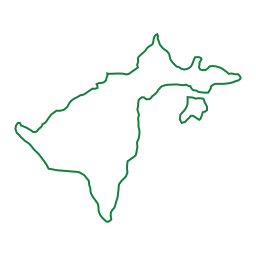 outline of Absheron District, Abşeron, Azerbaijan
{"feature_id": "54616110B88432173472444", "entity_name": "Absheron District", "entity_type": "district", "adm_level": 2, "iso_a3": "AZE", "parent_name": "Azerbaijan", "parent_adm1": "Abşeron", "projection": "mercator", "projection_center": [49.449, 40.323], "detail": "fine", "context": "isolated", "style": "outline", "palette": "green", "viewbox_px": 256, "rotation_deg": 0, "n_neighbors": 0, "source": "geoboundaries", "source_scale": "gbopen_adm2", "svg_char_len": 3346}
<svg xmlns="http://www.w3.org/2000/svg" viewBox="0 0 256 256"><path d="M107.3,73.5L107.5,75.3L106.7,77.4L105.9,80.5L103.7,82.4L101.4,82.9L98.8,83.1L96.6,84.1L97.5,86.2L97.5,87.9L94.9,88.8L92.2,88.7L91.6,89.3L89.7,90.5L88.1,91.6L85.9,93.2L83.7,94.5L82.4,95.0L81.2,95.0L79.7,95.6L77.9,96.8L76.3,97.6L74.4,98.6L72.4,99.8L71.2,100.8L69.6,102.7L68.7,104.4L67.9,105.7L67.4,106.9L63.7,109.9L59.8,110.8L56.5,110.7L53.7,112.7L51.2,114.5L48.9,117.6L46.9,120.6L45.3,122.7L42.7,124.1L41.3,126.8L38.6,129.1L36.8,131.4L35.3,132.0L32.9,131.9L30.9,130.2L28.3,128.8L26.6,127.7L23.4,126.4L21.1,125.5L19.9,123.0L17.9,122.9L16.8,124.4L16.0,125.7L15.4,129.0L16.7,132.7L19.1,134.9L20.9,137.1L25.1,141.0L27.1,142.3L28.7,143.3L30.9,145.5L33.2,148.6L35.5,151.0L38.8,154.1L40.5,156.4L42.5,159.1L44.5,161.7L46.4,164.5L48.6,168.7L51.5,169.2L57.7,170.3L75.8,171.8L79.1,172.2L84.3,175.2L87.5,179.2L88.8,180.8L89.3,185.3L90.4,188.3L90.4,190.7L91.1,193.7L92.8,196.8L94.7,199.4L97.7,203.5L98.5,206.8L98.6,210.7L99.9,214.5L101.6,216.9L103.2,218.7L106.3,221.5L108.2,221.8L110.2,220.5L111.3,219.4L110.7,215.7L110.8,212.6L112.2,210.1L114.5,207.6L115.6,203.8L116.4,201.0L117.4,198.2L117.9,194.5L118.3,191.5L118.6,188.3L118.7,186.8L119.0,184.4L121.3,181.1L123.5,179.0L126.0,176.3L127.4,172.7L127.0,167.7L127.2,164.4L127.6,161.2L128.8,160.5L131.6,158.3L133.3,157.3L135.6,155.4L136.3,153.1L137.4,146.8L137.0,142.5L138.8,138.0L139.5,133.2L139.3,129.8L138.5,126.6L138.5,122.0L138.1,118.3L139.0,114.9L137.4,109.7L138.0,106.1L138.3,102.8L138.6,100.1L140.0,98.6L141.8,97.3L144.1,97.4L145.2,98.5L146.7,99.3L149.5,99.1L151.3,97.6L152.1,96.4L155.9,93.4L157.4,91.5L158.2,90.0L161.4,86.5L164.3,85.4L167.6,84.8L169.6,84.7L172.3,84.6L174.6,84.5L176.2,84.4L182.9,85.2L186.1,84.7L188.8,86.1L190.3,86.1L191.9,89.0L193.3,90.2L196.5,90.6L198.2,91.8L200.4,92.2L202.6,92.4L205.4,92.7L208.2,92.6L210.8,88.4L210.8,86.6L213.1,84.7L215.2,83.9L219.2,83.9L222.3,83.9L226.4,83.6L229.8,83.1L233.2,82.2L235.5,81.2L238.1,80.5L240.2,79.0L240.6,78.1L240.2,76.6L238.9,75.0L237.9,74.2L235.4,74.3L231.7,73.5L228.7,73.8L227.3,72.4L224.7,70.5L222.8,69.1L220.5,67.8L217.9,66.9L215.5,66.3L212.3,66.0L209.6,66.4L207.7,68.5L205.7,69.9L204.3,70.1L203.2,70.1L201.8,70.0L200.2,69.4L199.0,67.5L199.5,64.8L199.5,62.8L200.6,60.8L201.5,59.1L200.8,57.9L200.6,57.8L198.8,57.1L196.7,57.2L195.5,57.2L195.2,57.2L194.0,59.3L193.3,61.4L193.0,62.4L192.3,64.0L191.0,66.4L189.6,67.6L187.3,68.9L184.2,69.5L181.5,68.8L178.9,67.1L176.9,66.7L175.1,65.1L173.3,63.3L171.7,61.3L170.1,58.6L169.6,55.9L169.1,53.9L167.0,51.3L164.6,49.6L162.6,48.0L161.4,46.6L159.7,44.3L158.6,40.7L157.6,38.6L157.9,36.2L158.0,36.1L157.2,34.2L155.8,34.9L154.5,36.6L153.7,38.8L153.4,41.0L152.7,44.0L151.4,45.1L149.4,46.1L147.0,48.2L145.3,50.8L142.6,53.2L139.9,55.6L138.7,56.7L138.0,58.1L138.0,60.0L138.2,61.9L137.1,64.6L137.9,67.5L128.8,73.9L126.6,74.4L122.3,73.6L117.5,73.5L113.5,73.7L109.0,73.8L107.3,73.5ZM193.8,97.8L191.7,97.4L189.0,97.3L187.6,97.1L187.6,99.8L187.7,101.8L187.2,105.3L186.0,107.9L184.5,110.3L182.3,112.6L180.4,114.8L179.8,119.2L181.6,122.9L185.3,121.9L187.0,119.8L189.4,117.6L190.8,115.8L192.8,115.8L194.7,116.8L197.4,118.7L199.3,119.8L200.2,119.2L201.5,116.5L202.5,113.1L203.2,111.9L204.9,111.7L207.0,110.2L207.0,106.8L205.5,103.7L204.7,102.5L203.6,98.9L201.7,98.4L197.9,98.2L195.6,98.7L193.8,97.8Z" fill="none" stroke="#15803d" stroke-width="2"/></svg>